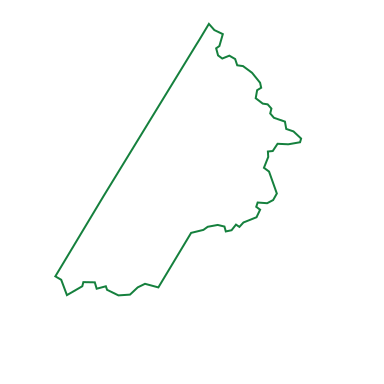 Pitkin, Colorado, United States of America (Mercator projection), rotated 301°
{"feature_id": "52423323B63555126894288", "entity_name": "Pitkin", "entity_type": "district", "adm_level": 2, "iso_a3": "USA", "parent_name": "United States of America", "parent_adm1": "Colorado", "projection": "mercator", "projection_center": [-106.839, 39.172], "detail": "fine", "context": "isolated", "style": "outline", "palette": "green", "viewbox_px": 384, "rotation_deg": 301, "n_neighbors": 0, "source": "geoboundaries", "source_scale": "gbopen_adm2", "svg_char_len": 968}
<svg xmlns="http://www.w3.org/2000/svg" viewBox="0 0 384 384"><g transform="rotate(301 192 192)"><path d="M142.7,118.3L49.3,118.3L49.4,125.1L39.2,137.9L54.7,146.5L58.8,145.3L64.5,155.2L60.0,160.1L66.8,166.7L64.4,169.6L65.5,182.2L72.1,191.7L82.3,194.6L89.1,199.0L92.9,212.3L156.5,212.3L165.4,221.3L170.3,223.4L177.0,231.0L179.1,237.6L175.6,241.3L179.6,245.6L186.7,246.5L186.5,250.6L192.4,251.8L203.6,260.3L211.9,259.5L212.4,254.7L216.8,253.7L221.1,262.2L226.9,265.7L234.4,265.5L249.2,247.5L249.8,241.2L261.3,239.3L265.8,236.2L268.7,240.1L277.4,240.5L282.5,250.0L290.3,259.0L294.0,258.0L296.2,247.8L294.6,240.3L300.2,235.4L297.8,224.0L299.6,218.6L304.4,217.1L306.1,211.7L304.2,207.1L305.2,198.3L312.8,195.4L317.0,197.6L320.7,194.1L325.1,182.1L326.2,170.9L323.9,165.5L328.2,160.5L328.1,153.8L322.0,149.2L322.5,144.0L327.6,138.7L331.2,140.3L343.2,137.1L342.3,127.8L344.8,119.9L326.3,119.9L320.5,119.8L142.7,118.3Z" fill="none" stroke="#15803d" stroke-width="2"/></g></svg>